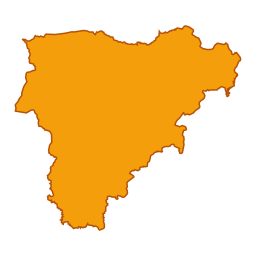 outline of Ponorogo, Jawa Timur, Indonesia
{"feature_id": "22746128B39928875112308", "entity_name": "Ponorogo", "entity_type": "district", "adm_level": 2, "iso_a3": "IDN", "parent_name": "Indonesia", "parent_adm1": "Jawa Timur", "projection": "robinson", "projection_center": [111.509, -7.971], "detail": "fine", "context": "isolated", "style": "filled", "palette": "amber", "viewbox_px": 256, "rotation_deg": 0, "n_neighbors": 0, "source": "geoboundaries", "source_scale": "gbopen_adm2", "svg_char_len": 5699}
<svg xmlns="http://www.w3.org/2000/svg" viewBox="0 0 256 256"><path d="M93.0,32.0L89.9,32.1L86.5,30.8L83.4,30.5L74.0,32.0L72.0,31.8L65.4,33.2L55.4,34.5L46.3,34.2L45.6,34.4L43.8,37.2L40.7,36.1L39.3,36.9L37.8,36.2L36.1,36.4L35.3,35.7L33.7,38.6L29.5,41.0L27.6,41.1L25.4,39.6L23.1,39.2L22.7,39.6L24.8,41.4L25.4,42.6L26.5,43.2L27.5,48.3L28.9,49.3L29.3,50.1L28.9,51.5L29.7,52.7L30.2,54.6L28.8,58.1L29.6,59.9L29.3,61.4L29.7,63.0L33.5,64.1L33.8,65.2L35.4,66.7L35.0,67.8L35.6,69.7L34.3,70.5L32.8,70.5L30.4,71.8L27.0,72.4L26.2,73.5L25.7,77.7L26.9,81.7L23.9,86.4L21.8,92.8L21.8,95.5L19.1,99.0L18.1,101.5L15.5,104.5L15.4,105.9L16.0,108.2L15.4,111.1L26.4,112.9L31.2,110.1L33.2,109.9L34.3,110.6L34.9,112.8L37.0,114.9L37.1,117.3L38.1,119.4L38.8,120.0L38.3,122.7L38.6,125.4L39.0,126.3L41.3,126.4L43.4,128.4L44.4,128.6L44.4,129.4L45.0,130.2L47.2,130.2L48.1,130.9L49.7,131.2L51.5,134.4L51.8,142.5L51.0,143.1L49.6,145.3L48.6,150.5L49.0,151.6L48.8,152.8L49.3,152.9L51.1,155.1L52.8,155.4L54.3,157.2L55.5,156.8L56.5,157.7L56.6,158.8L55.6,159.6L54.6,162.2L54.0,162.4L53.0,164.4L53.1,165.5L50.8,166.9L50.4,168.3L50.7,169.0L50.6,172.0L48.5,174.9L47.5,175.4L47.9,178.7L48.7,179.2L49.1,180.2L49.4,180.0L51.2,180.9L51.1,182.7L49.9,183.5L51.1,184.7L51.1,186.7L50.0,188.6L50.2,189.0L51.1,188.9L51.1,189.6L52.8,192.0L52.7,193.0L53.4,194.1L53.5,195.5L52.5,196.3L51.0,196.6L49.5,195.1L48.1,195.9L47.5,196.8L48.0,197.6L47.8,199.0L48.2,199.7L50.4,200.7L51.4,200.3L51.3,202.0L51.7,202.6L52.3,202.4L52.3,201.9L53.0,202.3L54.2,201.7L55.2,203.4L55.6,203.2L56.1,203.8L57.0,204.0L57.4,207.7L58.2,207.6L58.7,208.7L59.8,208.6L60.7,210.3L61.6,209.9L61.7,210.4L62.3,210.6L62.3,212.4L61.8,212.8L62.7,214.1L61.9,214.5L62.6,215.0L62.2,216.4L62.9,216.5L61.6,217.7L62.4,218.3L62.5,219.0L62.3,219.8L60.9,219.5L60.5,219.9L61.4,220.2L61.9,221.1L61.3,222.1L62.0,222.7L62.4,223.8L63.2,224.3L63.6,222.7L64.4,222.2L66.1,221.8L68.1,221.9L68.3,223.9L68.8,223.8L69.2,224.6L69.4,224.3L70.2,224.5L70.2,225.6L71.2,226.0L73.5,228.5L75.9,227.7L77.9,228.1L78.9,226.6L80.1,227.2L80.4,228.0L81.1,227.0L83.0,227.7L84.0,227.2L84.9,227.4L86.0,226.7L87.7,223.8L87.9,224.6L88.5,225.0L92.8,225.6L93.3,226.6L95.4,226.0L96.8,226.6L98.0,227.5L98.8,229.4L99.6,230.0L102.9,228.8L104.1,227.9L104.4,227.2L104.4,224.5L103.4,221.2L103.9,220.3L103.5,218.8L103.9,217.8L103.6,217.7L104.0,217.5L103.3,216.5L103.5,215.2L102.9,213.7L104.6,213.2L104.5,212.1L105.7,210.9L105.7,207.0L107.2,205.2L107.6,205.2L107.8,203.8L107.0,203.4L106.0,201.0L106.4,199.9L107.4,199.4L107.5,196.6L109.9,196.2L112.2,197.1L115.3,197.0L115.4,197.9L116.2,198.9L117.1,199.2L117.9,198.7L117.3,197.0L117.8,195.6L120.2,196.0L122.2,197.1L123.6,197.3L124.9,196.5L126.8,194.5L127.5,192.9L127.1,190.2L126.3,188.5L127.3,186.9L126.9,182.9L127.6,181.8L133.9,176.9L133.2,175.7L130.3,173.6L129.8,173.6L130.0,172.3L132.6,170.5L133.9,170.8L134.7,169.6L137.3,170.6L138.7,170.4L139.9,169.2L139.8,167.8L140.2,167.3L141.8,166.8L143.0,167.1L143.7,166.3L145.1,166.8L147.2,166.3L147.7,162.4L149.4,161.4L150.8,155.5L153.1,154.2L154.5,152.5L156.3,152.0L157.3,151.1L157.7,151.7L159.8,151.5L161.8,152.0L162.4,151.4L161.8,150.5L161.9,148.5L162.8,147.6L164.3,146.8L166.5,146.4L167.9,146.6L170.0,146.1L171.0,144.8L172.5,144.2L173.8,144.5L174.6,146.3L179.6,148.5L178.8,150.2L179.9,153.3L181.2,153.4L182.4,152.6L184.0,144.5L183.5,141.5L184.0,140.4L184.0,138.7L183.7,136.6L182.6,135.6L182.5,134.1L183.7,130.3L185.7,130.1L186.3,129.5L186.1,128.0L185.3,126.7L182.3,125.6L179.8,126.7L175.9,125.4L175.2,125.1L175.1,124.5L175.6,122.8L177.3,120.0L179.8,117.8L183.3,112.8L183.6,112.7L184.2,114.2L185.0,115.0L186.8,114.0L189.5,114.8L193.3,113.0L195.5,110.5L199.3,107.9L199.8,106.8L199.1,103.5L199.5,102.2L201.2,100.4L203.1,99.4L203.5,98.5L204.2,98.1L204.9,95.8L203.8,93.2L202.6,92.2L202.8,91.2L203.5,90.6L206.0,91.1L207.6,89.7L208.6,90.6L210.5,90.0L217.2,89.9L218.2,88.6L219.3,88.2L221.1,86.8L222.0,86.7L225.0,87.9L225.7,91.1L227.0,91.0L227.0,91.8L226.4,92.4L226.9,92.9L226.3,93.3L226.8,93.7L226.2,94.4L227.0,95.6L227.0,96.4L227.7,96.4L228.0,95.5L228.6,95.6L228.8,95.2L228.4,93.5L229.5,93.3L229.6,92.9L228.1,91.7L227.6,91.8L228.3,90.7L228.2,90.3L227.6,90.5L227.6,89.0L228.8,89.8L229.4,89.1L229.1,88.4L229.9,88.3L229.8,87.7L231.1,87.7L231.4,87.0L232.3,86.9L233.5,85.8L234.2,85.8L234.2,83.9L233.4,83.3L234.0,82.7L233.5,81.9L234.5,82.0L234.5,81.1L234.1,80.9L234.8,79.5L234.4,78.7L235.2,78.5L236.4,76.2L237.0,76.1L237.5,75.0L237.4,74.5L236.9,74.6L237.0,74.0L236.7,73.4L235.1,72.5L234.3,70.5L235.1,68.1L236.6,66.6L238.8,61.4L240.4,60.4L240.6,59.0L240.2,57.4L236.6,52.6L235.9,53.2L235.0,52.7L234.7,53.5L233.2,54.6L232.1,54.2L231.3,51.3L229.5,49.6L228.6,48.0L227.6,44.4L225.9,43.0L224.7,44.3L223.9,44.5L217.4,43.2L214.7,45.4L213.3,48.3L212.1,49.3L207.6,49.6L203.0,48.6L199.9,46.5L201.0,43.1L198.8,38.2L196.6,37.4L192.4,34.7L192.0,33.9L192.6,32.4L193.4,31.5L193.2,29.8L189.4,27.1L186.0,26.0L184.4,26.2L182.2,29.0L177.3,28.0L175.6,29.2L175.6,29.8L174.8,29.9L174.6,29.4L173.9,30.0L171.5,30.3L171.0,31.1L169.8,30.9L167.5,32.7L165.9,32.6L165.7,32.2L165.4,32.6L164.4,32.4L163.4,33.4L161.0,33.2L160.2,32.8L159.3,31.4L159.0,35.9L156.1,37.8L155.5,40.3L154.3,40.7L152.9,42.2L151.7,42.5L150.9,43.7L150.3,43.6L148.9,44.8L147.9,44.5L147.2,45.0L146.7,44.8L145.8,43.6L144.1,43.3L143.3,43.8L142.1,43.2L140.7,43.4L140.4,43.3L140.4,42.5L139.4,42.7L138.9,42.1L137.1,42.4L137.3,44.8L135.9,44.1L133.0,44.5L131.5,43.8L131.1,44.3L127.9,44.2L126.9,43.5L125.5,43.4L124.9,42.2L123.7,42.1L122.5,42.8L120.4,41.8L119.5,41.8L118.8,42.2L117.4,40.9L113.9,40.0L112.8,37.1L110.3,36.9L109.2,36.0L106.2,35.1L105.7,34.3L104.3,34.0L103.8,32.3L102.9,32.3L102.6,31.6L101.5,31.1L100.3,31.1L97.7,32.4L96.5,32.0L95.4,34.6L93.4,33.2L93.0,32.0Z" fill="#f59e0b" stroke="#b45309" stroke-width="1.5"/></svg>